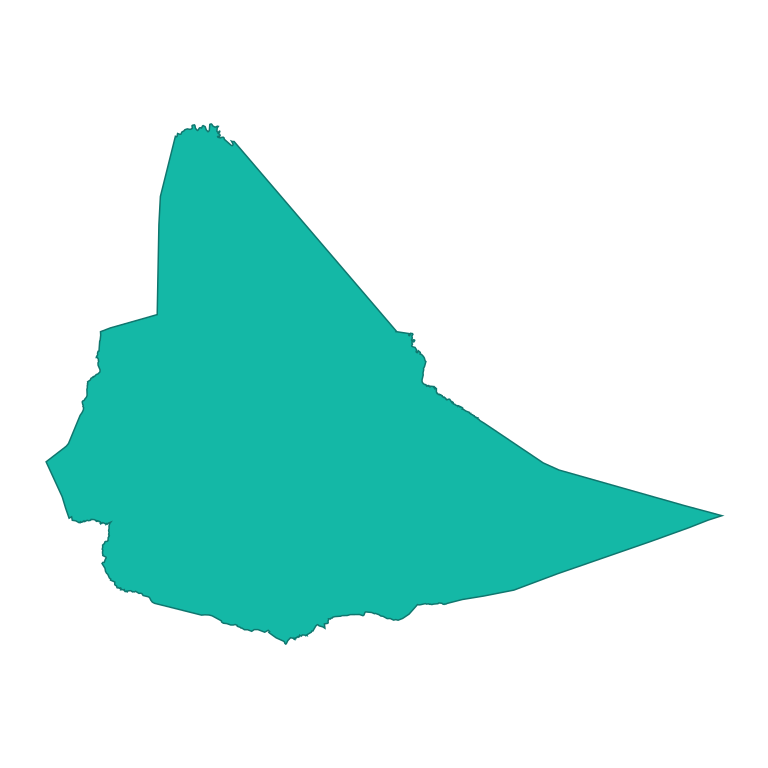 outline of Monze, Southern, Zambia
{"feature_id": "96606910B87508974482320", "entity_name": "Monze", "entity_type": "district", "adm_level": 2, "iso_a3": "ZMB", "parent_name": "Zambia", "parent_adm1": "Southern", "projection": "orthographic", "projection_center": [27.347, -16.129], "detail": "fine", "context": "isolated", "style": "filled", "palette": "teal", "viewbox_px": 768, "rotation_deg": 0, "n_neighbors": 0, "source": "geoboundaries", "source_scale": "gbopen_adm2", "svg_char_len": 6043}
<svg xmlns="http://www.w3.org/2000/svg" viewBox="0 0 768 768"><path d="M683.7,505.4L558.9,470.0L543.2,462.9L485.2,423.9L479.6,420.4L478.9,419.4L477.9,418.9L477.9,417.8L476.5,417.9L475.8,417.0L475.4,417.2L474.3,416.3L474.3,415.8L473.2,415.5L472.8,414.9L470.9,414.2L470.8,413.4L470.0,413.4L469.4,412.9L469.4,412.4L465.8,411.0L463.0,409.1L462.3,409.1L462.7,408.1L461.9,407.4L461.0,407.2L460.7,406.7L459.7,406.8L459.7,406.4L458.6,405.8L458.0,406.3L457.9,405.7L456.8,405.6L455.3,404.9L454.9,404.3L453.3,403.8L453.2,402.5L452.2,401.8L451.9,402.5L449.7,399.3L449.0,399.1L446.9,399.8L446.6,399.3L446.2,399.4L445.4,398.0L445.0,398.0L444.2,397.1L443.5,397.4L443.2,396.9L442.4,396.6L442.2,395.7L441.4,395.5L440.7,394.7L439.7,394.8L439.5,394.3L438.4,394.5L437.5,393.3L437.1,393.4L436.4,391.9L436.4,388.5L435.6,388.2L435.1,388.5L435.2,387.7L434.4,387.9L433.9,387.6L433.5,386.9L434.0,386.9L434.1,386.6L430.6,386.2L430.0,386.9L429.4,386.0L428.6,386.3L428.1,386.2L428.2,385.7L427.6,385.9L427.0,385.5L426.6,386.0L425.7,384.6L424.7,384.5L423.4,383.7L422.2,382.1L422.0,380.0L423.2,375.0L423.0,372.9L423.7,369.8L423.5,368.5L424.5,366.6L425.9,361.5L425.1,360.8L424.4,358.1L423.4,356.4L421.4,354.3L420.1,354.1L420.3,352.4L418.3,350.7L417.8,351.3L417.6,352.6L416.6,352.5L416.1,351.8L416.6,349.9L415.0,347.4L413.3,347.0L411.8,346.2L411.7,345.6L412.5,344.1L411.9,343.2L412.1,341.8L413.8,341.9L414.7,340.6L414.5,340.0L413.5,339.8L412.2,340.6L411.8,340.7L411.5,340.2L412.3,338.0L411.9,336.0L412.9,334.4L412.5,333.6L410.6,333.3L409.7,335.5L409.2,335.7L408.7,335.2L409.2,333.6L396.0,331.6L396.3,331.1L234.1,141.5L232.3,141.5L231.5,141.2L233.1,144.1L232.9,145.0L232.1,145.7L231.0,145.2L224.8,139.7L224.3,139.1L224.0,137.8L223.2,137.2L221.9,137.3L220.4,137.9L218.0,137.3L217.6,136.7L218.0,136.3L219.6,136.3L220.1,135.7L219.8,134.4L218.3,133.5L219.6,132.2L219.8,131.3L219.4,131.1L218.6,132.1L217.8,132.3L216.9,131.3L217.2,128.0L218.3,126.4L217.4,126.2L215.1,127.2L212.9,126.0L211.9,124.4L211.1,123.9L209.8,124.4L209.3,130.6L208.0,131.7L206.3,129.9L205.1,126.6L203.1,125.6L202.4,126.1L201.6,128.0L200.2,127.7L199.5,127.9L197.7,130.5L196.9,130.1L195.4,128.1L195.0,125.7L194.5,124.9L194.1,124.9L192.4,125.3L192.0,125.8L192.3,128.2L191.6,128.8L190.1,129.4L187.3,128.9L184.9,129.7L183.9,130.9L181.8,132.1L180.9,134.2L179.9,134.3L177.6,133.5L177.0,136.5L176.4,136.8L175.4,136.3L160.4,196.4L158.9,224.6L157.2,314.6L110.4,327.9L100.5,331.7L100.7,335.2L100.1,340.6L99.7,341.0L99.0,351.0L98.1,351.3L97.5,353.2L97.7,354.8L96.6,356.4L96.3,357.5L97.3,357.5L98.4,359.2L98.3,360.2L98.7,361.3L98.0,362.9L98.1,365.3L100.1,369.9L99.9,372.0L97.7,374.1L96.3,374.5L94.5,376.4L93.6,376.5L93.3,377.2L92.6,377.1L92.4,377.6L91.0,378.3L90.3,380.0L87.6,381.8L87.8,383.0L87.4,383.9L87.7,384.8L87.3,385.4L87.3,388.1L86.9,389.1L87.1,395.4L86.3,397.4L85.1,398.7L84.0,400.5L82.7,401.0L82.2,401.9L82.7,404.4L83.2,405.2L82.9,406.5L83.6,407.6L83.3,410.0L82.1,412.5L80.1,415.4L68.5,443.5L66.3,446.2L46.1,461.8L62.2,496.8L65.7,508.4L69.1,518.2L71.6,516.8L72.3,520.3L75.7,520.8L79.1,522.7L79.7,522.3L80.2,522.6L80.5,521.9L80.9,522.3L82.0,522.2L82.4,521.6L83.2,521.7L84.0,520.8L84.7,521.6L87.1,520.3L88.5,520.7L90.2,520.4L91.1,519.4L91.8,519.7L92.1,519.4L94.7,519.7L96.2,521.1L96.5,520.6L96.8,520.7L96.9,521.3L97.3,521.3L97.6,520.8L98.9,521.2L99.0,521.6L100.2,521.8L100.5,522.6L100.2,523.3L100.7,523.9L101.3,522.9L102.0,523.3L102.8,522.6L105.7,523.9L105.9,524.4L106.5,523.5L106.9,523.6L106.6,524.1L107.4,524.1L108.4,523.1L110.7,522.2L109.7,523.5L109.0,526.1L109.1,528.3L108.6,530.6L109.1,532.7L108.6,534.2L109.3,535.3L108.7,536.0L109.0,536.6L108.2,537.5L108.0,540.6L107.1,541.4L105.7,541.4L104.9,541.9L104.4,543.5L102.6,545.1L102.7,547.2L102.2,549.2L102.9,550.2L102.5,551.9L102.6,554.0L103.0,554.6L102.8,555.5L105.9,557.1L106.2,557.9L105.3,559.3L104.2,562.4L102.9,562.4L102.0,563.5L105.0,568.3L105.5,571.3L106.6,573.3L107.7,574.2L109.4,578.0L110.7,578.9L110.5,580.1L114.8,582.0L114.7,584.3L115.1,585.1L116.6,586.0L117.0,587.7L118.2,588.0L118.7,587.7L120.3,588.8L120.0,588.3L120.6,588.0L120.8,589.0L121.0,588.7L121.3,589.0L120.9,589.7L123.3,589.7L123.9,590.2L124.3,589.9L124.3,590.6L125.2,591.6L126.2,591.1L126.5,591.6L127.3,591.9L127.7,591.1L128.5,590.8L130.8,590.7L132.5,591.9L132.8,591.7L134.6,591.9L135.6,591.3L139.0,593.4L140.5,593.2L141.9,593.6L143.1,595.5L148.7,596.9L150.0,598.3L150.7,600.0L152.3,602.1L154.5,603.3L201.5,615.1L205.0,614.8L209.1,615.0L212.1,615.8L221.3,620.8L221.6,622.0L223.3,623.2L226.8,623.6L230.8,625.0L233.3,625.0L235.2,624.5L237.2,625.4L237.3,626.3L240.2,627.3L240.9,628.0L242.1,628.2L244.4,629.7L247.6,629.7L251.7,631.3L254.2,629.6L258.0,629.6L264.7,632.2L268.2,630.3L269.6,631.6L268.8,632.4L269.6,633.1L276.1,637.8L283.6,641.2L284.3,641.7L284.9,643.4L285.8,644.1L286.4,643.5L287.8,640.6L290.6,637.7L293.2,638.3L294.2,639.0L294.2,639.9L294.4,639.4L294.8,639.5L294.7,638.8L295.0,639.1L295.1,638.5L295.7,638.6L295.8,637.8L296.5,637.7L297.3,636.9L298.0,637.1L297.7,636.8L297.9,636.6L298.5,636.6L298.5,637.1L299.6,636.6L299.7,636.3L299.2,636.2L299.6,635.3L300.0,635.8L301.1,635.6L301.5,636.0L302.4,634.9L305.3,635.2L305.7,635.7L306.4,635.2L307.1,635.5L306.9,634.8L311.3,632.2L311.9,631.0L312.9,631.0L315.8,626.0L317.3,624.7L317.8,624.7L319.2,625.9L322.9,626.9L324.9,628.2L324.4,623.9L327.8,623.3L328.2,622.4L328.0,621.0L328.7,619.6L328.5,618.8L329.4,618.7L330.5,619.0L331.1,618.1L332.3,618.0L333.0,617.1L335.0,616.6L340.6,616.2L342.1,615.6L347.2,615.5L350.3,614.6L359.5,614.5L363.0,615.7L364.0,615.0L365.0,612.4L365.7,611.9L371.7,612.5L374.4,613.7L375.4,613.4L379.0,614.7L380.8,616.0L383.0,616.3L387.2,618.6L390.2,618.5L393.6,620.1L395.8,619.6L398.1,620.2L402.7,618.4L409.1,614.1L417.5,604.6L418.9,604.9L420.6,604.7L425.4,603.6L426.4,604.1L428.6,603.8L429.3,604.3L430.2,604.1L431.2,604.5L432.7,604.4L433.4,604.1L438.0,603.7L438.5,603.1L439.4,603.0L442.0,603.3L442.7,604.0L444.1,604.4L444.7,604.0L445.8,604.1L447.2,603.4L462.4,599.5L483.9,596.0L513.9,590.1L557.1,573.9L650.0,541.7L689.1,527.6L708.2,520.1L721.9,515.7L683.7,505.4Z" fill="#14b8a6" stroke="#0f766e" stroke-width="1.5"/></svg>